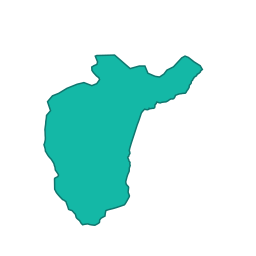 Amasia, Shirak, Armenia, rotated 249°
{"feature_id": "60910142B69000045179154", "entity_name": "Amasia", "entity_type": "district", "adm_level": 2, "iso_a3": "ARM", "parent_name": "Armenia", "parent_adm1": "Shirak", "projection": "orthographic", "projection_center": [43.631, 40.973], "detail": "fine", "context": "isolated", "style": "filled", "palette": "teal", "viewbox_px": 256, "rotation_deg": 249, "n_neighbors": 0, "source": "geoboundaries", "source_scale": "gbopen_adm2", "svg_char_len": 3259}
<svg xmlns="http://www.w3.org/2000/svg" viewBox="0 0 256 256"><g transform="rotate(249 128 128)"><path d="M169.0,56.5L166.5,55.3L163.7,53.7L161.1,52.5L158.4,51.0L156.1,49.8L154.0,49.2L150.9,48.1L148.6,47.4L146.5,46.5L144.5,45.2L143.4,44.4L142.6,43.6L141.9,43.5L140.5,43.4L140.4,43.4L139.0,43.3L137.7,43.1L136.0,42.6L134.5,42.9L132.5,43.2L130.6,43.6L128.7,44.2L126.2,45.2L123.6,45.7L121.3,46.1L119.9,45.9L119.2,45.8L117.5,45.8L116.0,45.4L114.8,45.1L113.2,45.5L111.6,45.9L111.2,46.0L109.5,46.3L108.5,46.0L107.7,44.8L107.6,43.3L107.4,42.1L107.3,41.5L106.6,41.1L106.4,41.0L104.2,40.2L100.1,38.7L99.0,38.3L97.1,37.6L93.5,38.0L92.1,38.4L90.3,39.0L87.9,39.9L84.6,41.3L83.9,42.1L82.7,42.9L81.5,43.7L79.9,43.6L76.4,43.6L73.3,43.4L72.2,44.6L71.5,45.5L70.9,46.2L69.1,46.9L67.4,47.5L66.3,48.0L64.9,47.8L63.0,47.6L62.4,47.8L61.8,48.0L59.7,49.1L59.0,49.6L57.8,49.8L55.6,50.2L55.2,50.4L53.9,51.0L53.7,52.7L53.3,54.5L53.1,55.2L52.9,56.1L52.6,56.5L51.7,57.5L50.6,59.3L49.7,61.0L49.1,62.3L49.4,64.9L49.7,66.5L50.1,67.5L51.0,68.0L51.9,68.4L52.4,68.7L53.4,70.5L53.5,70.7L53.9,73.7L54.0,74.9L56.1,76.0L57.4,76.8L58.8,77.7L58.8,79.7L58.6,81.8L58.2,84.9L57.9,88.5L57.7,93.1L57.6,97.1L58.3,98.3L59.4,99.7L60.6,101.2L63.2,104.3L64.1,105.0L65.9,105.1L67.4,105.0L68.5,105.3L69.6,105.9L70.9,106.6L72.4,107.3L73.0,107.3L74.1,106.9L75.9,106.2L77.4,106.3L79.0,106.8L80.3,107.8L82.6,109.4L84.6,111.0L86.4,112.8L87.4,113.7L87.9,113.9L90.2,114.9L91.1,115.7L92.2,116.6L93.8,116.8L95.3,117.6L96.4,117.2L97.1,117.1L98.3,117.3L99.8,117.1L100.2,117.2L100.9,117.3L101.0,117.5L101.3,118.5L102.1,119.0L102.9,119.8L103.4,120.6L104.8,121.0L106.5,121.1L108.5,122.4L112.8,125.7L123.4,134.3L127.4,137.5L131.1,140.8L134.5,143.6L137.2,145.8L138.2,147.3L139.1,149.1L139.5,150.0L139.6,150.4L139.5,150.5L139.0,151.0L138.1,152.6L138.0,154.1L138.8,154.8L138.2,155.3L137.9,156.2L137.7,157.5L137.2,159.0L137.4,160.1L138.2,160.7L139.2,161.1L140.0,161.6L140.5,162.7L141.0,163.4L141.3,163.6L141.9,164.2L141.3,165.1L140.9,165.5L140.4,166.1L139.8,167.3L139.9,168.3L139.7,169.5L139.3,171.1L138.8,172.8L139.0,174.9L139.4,176.3L139.7,177.6L139.7,178.8L139.2,179.7L139.0,181.0L139.5,182.0L140.3,183.0L141.4,183.9L141.5,184.8L141.5,186.1L141.5,187.5L141.3,188.9L141.0,189.8L140.8,191.2L140.4,192.5L140.0,193.8L140.1,194.3L140.5,195.0L141.0,195.6L141.6,196.3L142.0,196.8L142.3,197.5L143.2,198.6L143.9,199.5L144.6,199.9L145.5,200.4L146.1,200.9L146.4,201.6L146.8,202.4L147.1,202.9L147.6,203.3L148.2,203.5L148.9,204.0L149.2,204.5L149.4,205.3L150.1,205.9L150.7,206.7L151.0,207.3L151.3,207.4L151.6,207.9L151.9,208.8L152.0,209.7L152.2,210.6L152.8,211.3L153.4,211.9L153.4,212.5L153.7,213.9L154.1,214.9L154.5,215.8L155.2,216.2L155.4,216.3L155.6,216.9L155.6,217.2L155.7,217.6L156.0,218.4L160.3,217.7L166.0,213.4L172.2,209.7L174.7,207.0L174.2,203.3L168.8,192.4L168.5,189.5L168.1,185.1L167.0,183.3L165.5,180.9L164.3,175.7L166.4,172.0L167.7,170.6L172.0,166.2L179.8,166.0L181.8,160.8L182.7,151.3L200.9,141.6L206.9,124.7L206.8,123.2L200.6,123.3L198.5,121.7L198.4,118.6L197.9,116.0L194.7,115.0L192.1,115.6L188.0,117.2L185.4,118.8L183.3,118.8L180.6,114.7L180.5,109.4L186.2,103.1L186.7,99.1L187.1,96.2L186.9,85.2L185.2,75.8L185.1,69.0L182.8,64.8L181.4,62.3L171.9,61.9L169.0,56.5Z" fill="#14b8a6" stroke="#0f766e" stroke-width="1.5"/></g></svg>